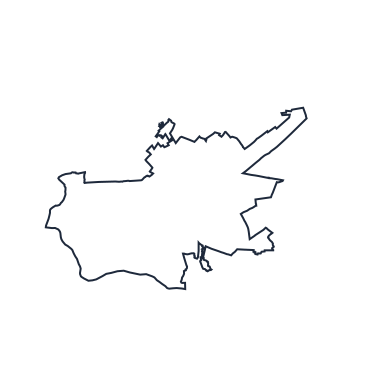 Craiova, Dolj, Romania, rotated 320°
{"feature_id": "2599482B2601766067029", "entity_name": "Craiova", "entity_type": "district", "adm_level": 2, "iso_a3": "ROU", "parent_name": "Romania", "parent_adm1": "Dolj", "projection": "robinson", "projection_center": [23.801, 44.323], "detail": "fine", "context": "isolated", "style": "outline", "palette": "slate", "viewbox_px": 384, "rotation_deg": 320, "n_neighbors": 0, "source": "geoboundaries", "source_scale": "gbopen_adm2", "svg_char_len": 6031}
<svg xmlns="http://www.w3.org/2000/svg" viewBox="0 0 384 384"><g transform="rotate(320 192 192)"><path d="M249.1,246.8L251.4,245.4L253.2,244.6L263.3,239.0L264.0,239.9L264.9,240.4L265.8,240.8L266.7,241.1L268.4,241.8L269.2,241.5L265.6,237.1L263.7,235.0L261.7,232.6L260.1,231.1L260.3,230.8L259.6,230.0L259.3,230.1L253.3,222.6L251.1,220.0L248.3,216.9L243.1,210.4L246.8,210.6L259.6,210.6L264.3,210.7L266.6,210.5L270.6,210.6L272.1,210.8L275.8,211.8L276.5,211.8L278.3,211.6L279.3,211.6L283.2,211.9L286.1,212.0L297.4,211.5L305.4,211.0L327.1,209.3L327.9,207.3L328.5,206.5L331.3,198.9L321.5,193.2L319.7,193.8L316.4,190.3L315.1,191.7L311.3,189.1L310.6,191.2L316.6,195.6L314.3,197.4L297.5,197.8L297.5,195.7L288.5,195.0L288.8,193.8L281.3,193.5L277.4,193.2L275.9,192.9L273.6,193.3L271.6,193.5L266.1,193.4L260.0,192.9L260.0,190.6L259.9,190.4L260.1,190.1L260.4,188.3L260.4,186.8L260.8,183.6L260.8,179.8L260.7,179.4L259.7,177.6L258.4,175.6L257.8,175.3L256.5,175.0L256.6,173.3L256.4,167.7L255.9,167.6L255.7,167.3L252.6,168.3L250.1,168.6L249.3,165.8L250.7,165.2L250.5,164.9L247.9,161.0L245.6,161.1L237.4,160.2L236.9,160.9L236.5,161.3L236.2,161.3L235.4,161.9L235.4,161.7L235.7,159.3L234.6,157.8L234.0,156.6L233.6,156.1L233.4,155.2L233.4,154.2L228.3,155.0L227.3,155.0L226.1,155.2L223.5,150.2L219.5,143.0L218.3,142.6L217.8,142.6L211.0,144.1L212.8,132.9L216.8,131.7L218.6,130.9L221.9,129.1L222.2,128.9L222.4,128.5L222.3,128.0L221.2,125.4L221.8,123.9L221.2,121.4L220.2,121.6L219.4,122.7L218.7,122.9L217.4,122.8L212.6,123.1L213.0,122.1L213.9,120.7L213.7,120.7L214.0,120.0L214.0,119.6L213.0,119.4L212.8,120.6L212.4,120.6L212.3,121.4L211.7,121.2L211.7,120.6L211.2,120.5L211.0,120.9L210.6,120.7L210.6,119.1L210.3,119.3L210.3,119.8L209.6,120.2L209.8,120.3L209.3,121.5L212.1,122.4L211.9,123.4L208.7,123.4L205.8,123.6L205.9,124.5L203.0,125.3L200.0,126.0L200.3,127.3L202.7,126.6L203.3,128.1L204.0,127.9L204.4,128.8L204.7,128.8L205.0,130.1L204.2,130.3L204.4,130.6L203.7,130.8L204.0,132.0L208.8,130.5L208.8,130.9L207.6,138.1L207.9,138.3L212.0,137.3L211.6,139.8L204.6,138.9L204.2,141.2L201.1,140.4L199.6,139.9L199.8,137.5L197.4,137.2L197.4,132.7L191.1,134.6L190.6,134.7L191.3,130.7L188.9,130.8L183.8,131.5L183.9,132.4L184.6,134.3L184.6,136.7L181.1,136.9L177.0,137.5L176.9,139.1L177.2,143.0L177.3,147.9L176.8,148.2L172.8,149.2L172.8,149.3L172.9,149.8L173.7,151.8L174.1,152.8L172.3,153.0L169.3,152.8L169.2,152.7L168.9,151.6L168.3,151.3L168.2,150.7L167.8,150.6L166.8,150.4L165.8,150.5L165.1,150.2L161.9,150.6L161.2,150.6L160.5,150.3L151.2,143.5L150.8,142.8L150.0,142.1L148.4,141.1L146.3,139.6L145.4,139.4L144.4,138.4L143.4,137.8L141.3,136.0L140.4,135.0L127.2,124.5L117.8,117.5L115.5,116.0L115.6,115.4L116.5,114.8L117.0,114.0L117.8,113.5L118.1,112.7L119.0,111.2L120.9,109.3L122.4,108.6L122.8,108.0L117.2,105.0L116.6,104.8L116.1,104.1L115.2,103.2L115.4,102.3L114.7,101.6L114.1,101.4L113.4,100.3L112.8,99.9L111.7,99.8L111.2,99.8L106.7,97.0L103.3,95.7L99.6,95.1L98.4,95.6L98.2,97.2L99.1,104.4L98.7,104.7L98.3,105.3L98.0,106.2L98.0,107.1L97.9,107.4L96.2,109.3L95.2,110.1L93.9,112.1L93.4,112.7L89.6,114.9L88.3,115.5L85.8,116.1L84.5,116.1L83.4,116.5L82.2,116.7L80.8,116.2L79.6,115.6L78.9,114.8L75.9,114.3L74.2,114.2L73.0,114.2L72.0,114.4L71.1,115.1L69.8,116.7L68.0,118.1L64.8,120.4L58.6,123.9L57.3,125.1L61.4,129.5L64.0,131.6L65.5,134.7L65.5,136.3L65.3,137.6L64.8,138.8L62.4,142.4L61.6,144.2L61.1,146.7L61.1,150.8L62.1,153.5L63.0,158.1L63.0,159.7L62.2,162.1L61.8,163.6L61.2,166.4L60.9,169.3L58.9,174.5L58.4,177.0L57.5,179.1L54.2,182.0L53.5,182.9L52.7,185.2L52.8,186.0L53.7,188.9L55.6,193.4L59.0,195.7L62.5,197.4L69.4,198.9L73.7,199.6L78.0,202.0L84.0,204.8L89.1,208.4L92.6,213.6L99.2,222.0L104.1,225.5L107.4,231.2L108.3,233.3L108.4,237.0L109.3,240.1L110.0,243.2L111.1,247.1L111.2,249.5L111.6,250.3L112.4,251.4L115.5,253.5L118.5,255.7L122.2,259.4L124.4,262.0L128.3,257.1L126.1,255.4L125.6,254.7L125.8,253.6L127.7,252.6L129.5,251.1L131.1,250.7L133.1,249.7L133.4,249.5L135.0,247.4L136.9,248.0L137.3,247.2L138.0,247.3L138.7,247.3L139.2,247.0L140.3,245.9L140.4,245.7L140.4,245.3L140.7,244.4L143.5,237.8L145.5,233.4L146.3,234.1L147.0,235.2L148.3,236.7L149.8,237.6L150.4,237.8L152.2,238.7L153.9,240.0L154.1,240.6L154.1,240.8L152.8,242.2L153.0,242.8L152.8,243.1L151.8,243.6L151.7,244.0L152.0,244.6L153.0,246.3L154.5,245.9L159.2,241.4L164.5,235.1L164.5,235.7L164.9,237.5L165.2,238.7L165.7,239.8L164.8,240.3L165.1,241.2L165.1,241.4L165.0,241.5L165.5,242.4L165.2,242.8L165.1,243.1L164.9,243.3L164.6,243.2L164.0,242.7L163.8,242.7L163.3,242.2L163.2,242.2L163.3,242.4L161.9,243.6L162.1,243.7L161.9,243.9L162.0,244.0L157.7,248.1L156.7,247.5L156.1,248.4L155.0,250.2L154.0,250.1L153.5,250.6L153.2,251.8L151.5,256.4L151.2,258.1L152.3,259.2L152.3,259.5L152.4,259.8L152.4,261.5L152.9,261.5L153.1,262.8L154.7,263.0L155.1,262.9L156.2,263.9L157.0,263.9L156.8,263.3L156.8,262.7L157.6,260.5L157.5,260.1L156.8,259.3L156.8,259.1L157.1,258.5L158.3,257.3L158.8,256.6L158.8,255.2L159.2,255.2L158.7,253.5L157.5,251.7L157.4,251.1L158.4,250.3L157.8,249.7L167.6,242.4L170.5,248.1L174.3,254.4L175.7,256.9L177.0,258.9L178.8,262.1L179.6,263.0L181.3,265.7L183.6,265.3L186.4,265.4L189.8,264.9L194.5,269.3L201.9,276.1L200.8,277.1L201.1,277.4L200.9,277.6L201.6,278.2L201.1,278.7L201.7,279.2L200.7,280.1L201.2,281.1L201.8,281.4L202.1,282.0L203.1,281.5L205.1,283.2L206.9,282.5L209.4,284.2L210.2,283.4L216.7,288.9L216.9,288.7L217.0,286.8L217.3,286.5L219.4,286.5L219.5,285.8L219.7,285.6L219.6,285.3L219.9,284.4L220.9,283.4L220.9,282.7L221.1,281.8L220.7,279.0L220.9,276.7L221.1,276.5L221.2,276.2L220.9,276.0L220.9,275.9L221.1,275.8L221.3,275.5L221.5,275.3L222.8,274.9L225.4,274.8L225.8,275.0L227.3,275.0L226.1,269.9L225.9,268.3L225.9,267.6L225.5,266.7L222.4,266.9L212.5,265.7L212.0,265.8L205.9,265.2L210.0,258.8L211.5,256.2L212.1,254.7L212.7,252.5L213.5,249.2L213.7,247.6L214.4,244.9L215.3,240.2L218.5,240.6L222.2,241.8L225.4,242.1L228.1,243.0L230.2,243.3L231.6,243.4L232.4,243.8L232.7,243.1L233.3,242.6L233.4,242.3L233.4,242.0L233.8,241.4L235.8,238.5L249.1,246.8Z" fill="none" stroke="#1e293b" stroke-width="2"/></g></svg>